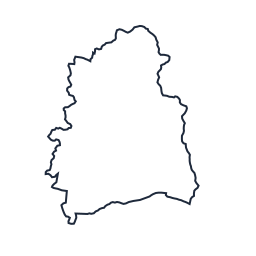 the district of Santa Teresa, Espírito Santo, Brazil, rotated 98°
{"feature_id": "56859067B94246844469719", "entity_name": "Santa Teresa", "entity_type": "district", "adm_level": 2, "iso_a3": "BRA", "parent_name": "Brazil", "parent_adm1": "Espírito Santo", "projection": "mercator", "projection_center": [-40.64, -19.868], "detail": "fine", "context": "isolated", "style": "outline", "palette": "slate", "viewbox_px": 256, "rotation_deg": 98, "n_neighbors": 0, "source": "geoboundaries", "source_scale": "gbopen_adm2", "svg_char_len": 3625}
<svg xmlns="http://www.w3.org/2000/svg" viewBox="0 0 256 256"><g transform="rotate(98 128 128)"><path d="M203.0,119.6L201.2,116.9L199.5,112.5L197.6,106.1L192.8,97.1L191.4,95.7L190.1,94.1L188.5,91.4L187.8,88.8L187.4,86.1L187.3,83.2L187.2,81.2L189.1,81.2L190.5,79.5L190.7,76.4L191.1,74.3L191.3,72.1L191.4,69.7L191.9,67.6L192.1,65.3L192.9,62.7L193.2,61.0L193.8,58.9L194.7,56.4L189.4,56.0L187.5,54.9L186.1,53.2L183.7,53.6L180.9,53.6L179.4,52.6L177.6,50.8L175.3,50.1L173.0,52.6L171.0,54.1L168.0,54.1L165.1,55.1L163.2,56.0L162.0,57.5L160.6,59.0L159.0,59.8L157.0,60.4L155.6,61.2L153.7,61.9L151.9,62.4L150.2,62.6L148.3,63.0L145.9,63.0L144.4,64.2L142.9,65.8L139.4,67.8L137.4,68.3L135.8,68.6L135.4,70.9L133.8,72.5L132.0,73.0L129.9,73.3L128.1,73.5L125.3,72.4L123.0,72.2L121.1,72.7L119.1,72.9L117.2,72.9L115.3,72.4L113.5,73.9L111.2,75.6L108.8,76.2L105.5,73.8L102.6,72.7L100.2,72.4L98.4,73.3L97.8,76.3L97.0,78.8L95.5,80.2L93.1,80.5L91.8,81.5L90.3,83.5L90.1,85.7L91.3,86.7L91.1,88.7L91.3,91.5L90.7,93.9L90.7,95.7L90.8,97.8L88.8,99.3L86.8,100.0L83.6,100.8L81.6,102.0L80.5,103.6L78.7,105.2L76.0,104.9L73.5,104.2L71.6,105.4L70.2,106.3L68.0,105.7L66.6,104.6L65.1,103.6L63.5,103.5L61.5,104.0L60.3,102.5L59.6,100.8L58.0,99.6L57.1,97.9L55.0,96.6L51.9,96.7L50.8,98.3L50.6,100.3L50.5,102.4L50.7,104.2L51.0,105.8L50.0,107.2L48.6,108.3L46.6,108.2L45.0,108.4L41.6,110.7L39.1,110.5L36.6,112.3L34.3,113.3L32.8,115.0L31.6,116.8L30.5,119.1L28.9,121.5L27.2,122.2L27.1,124.1L25.7,125.9L25.2,128.4L25.3,130.5L26.3,132.8L27.4,135.7L30.0,137.2L32.2,139.3L33.6,141.5L33.1,143.6L32.4,145.4L31.6,147.8L31.4,150.2L32.8,152.6L34.5,152.8L36.0,153.1L37.8,153.1L40.9,152.5L42.5,153.1L43.5,154.7L45.5,156.4L46.3,159.3L47.0,161.6L48.7,162.7L49.8,164.4L51.2,165.3L53.4,165.6L54.2,167.7L53.6,170.0L54.6,171.6L56.7,171.3L58.9,171.5L58.2,173.1L59.9,172.9L61.5,173.3L63.4,173.3L65.1,174.7L67.1,174.6L66.0,177.7L65.7,179.4L65.0,181.5L64.7,184.0L64.7,190.0L68.1,190.8L70.4,190.1L72.2,190.1L72.3,192.5L72.6,195.3L74.7,195.7L76.2,194.6L79.1,193.2L81.8,192.2L83.8,192.3L86.2,194.3L88.2,193.7L89.9,192.6L91.3,191.5L93.1,190.2L95.0,190.8L95.8,192.6L97.3,193.7L99.5,193.5L101.3,191.6L103.3,190.9L103.7,189.0L103.9,187.0L105.1,185.8L107.6,184.9L108.9,183.4L110.9,184.4L112.0,186.2L112.9,187.5L114.4,188.9L115.8,190.5L116.2,193.1L117.6,194.4L119.2,194.1L120.2,192.6L122.3,192.3L124.2,191.6L126.1,191.3L128.2,191.6L129.6,190.1L131.4,188.4L132.2,185.7L133.9,184.3L135.8,184.7L136.3,186.8L137.7,187.7L138.4,189.7L138.8,191.6L137.8,193.9L137.3,195.6L138.3,197.0L137.9,199.1L139.9,200.2L140.5,202.7L142.3,203.4L144.5,203.9L145.9,205.0L147.6,205.9L149.0,204.3L150.4,202.6L151.0,200.6L150.7,198.7L149.3,197.6L149.6,195.1L151.2,193.9L152.7,193.3L154.5,193.0L155.4,195.5L158.3,197.1L160.4,196.1L161.7,197.9L164.2,199.1L166.0,197.2L168.3,197.4L170.3,199.2L172.7,199.6L174.5,198.8L176.6,199.1L178.9,199.2L180.6,199.7L181.4,202.1L183.1,203.3L185.1,203.1L184.4,200.5L185.5,198.2L187.3,196.4L186.5,193.6L184.5,192.5L183.0,191.1L191.7,191.4L193.6,193.3L195.5,194.7L197.0,195.1L197.7,193.5L197.9,191.3L198.0,189.2L198.4,187.2L198.9,184.9L198.9,182.5L198.9,179.8L210.6,179.2L211.6,181.5L213.7,183.2L216.4,182.0L218.4,181.0L220.4,179.9L222.6,178.5L224.2,176.9L224.1,175.2L225.0,173.1L226.9,173.5L228.6,174.0L230.4,173.6L230.8,170.9L230.3,168.3L228.1,167.6L226.1,167.2L224.1,166.7L221.9,167.2L220.0,168.0L218.8,156.3L217.9,154.3L218.1,152.5L217.2,150.0L215.1,148.4L213.8,146.2L212.2,144.9L211.0,142.7L210.3,140.6L208.5,139.6L206.8,137.7L205.9,135.8L204.4,134.6L203.5,132.8L203.7,130.6L202.8,128.6L202.9,126.2L203.4,124.1L203.8,121.9L203.0,119.6Z" fill="none" stroke="#1e293b" stroke-width="2"/></g></svg>